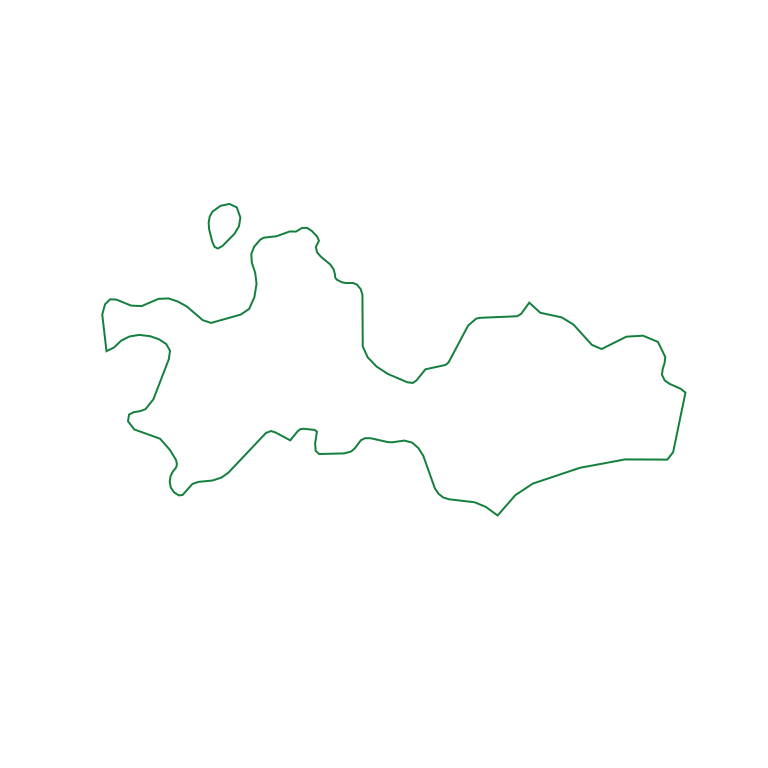 SVG path tracing the border of Caltanissetta, rotated 316°
{"feature_id": "ITA-5416", "entity_name": "Caltanissetta", "entity_type": "Province", "adm_level": 1, "iso_a3": "ITA", "parent_name": "Italy", "parent_adm1": "", "projection": "mercator", "projection_center": [14.011, 37.367], "detail": "fine", "context": "isolated", "style": "outline", "palette": "green", "viewbox_px": 768, "rotation_deg": 316, "n_neighbors": 0, "source": "natural_earth", "source_scale": "10m", "svg_char_len": 2135}
<svg xmlns="http://www.w3.org/2000/svg" viewBox="0 0 768 768"><g transform="rotate(316 384 384)"><path d="M535.3,635.2L504.9,605.6L466.6,580.3L421.8,559.0L401.3,555.2L374.4,557.5L371.8,542.9L367.0,532.0L350.8,512.2L347.8,506.9L347.0,500.8L348.1,494.4L362.4,462.9L364.2,454.2L363.6,445.8L359.3,438.8L349.6,431.8L346.5,428.6L336.9,414.0L332.9,409.9L328.3,408.4L318.1,410.0L313.4,409.7L307.1,406.2L288.7,389.3L288.4,384.6L293.2,378.9L302.6,371.7L302.3,369.0L295.4,360.7L292.9,358.6L289.3,358.0L277.4,359.4L272.2,343.3L270.1,339.4L265.1,337.2L210.4,339.7L202.1,338.4L193.6,334.3L182.5,325.5L176.8,322.8L162.0,323.9L159.1,321.7L157.7,316.2L158.8,310.2L162.0,305.4L166.5,302.0L171.3,300.3L175.6,299.8L177.6,299.1L179.6,297.5L181.6,294.2L184.2,282.9L184.9,267.8L172.8,243.2L174.0,232.9L179.4,228.9L184.4,230.4L189.5,234.0L194.9,236.4L207.5,234.8L246.4,216.7L253.2,211.4L255.1,204.0L253.2,195.5L249.0,187.2L242.0,178.6L233.9,173.0L224.9,170.2L215.2,170.2L207.2,167.6L229.5,138.4L238.6,132.9L245.8,132.8L250.1,137.3L256.6,152.0L263.8,159.6L280.9,166.1L288.4,172.7L293.0,181.5L296.0,191.3L298.0,212.2L302.0,219.9L329.3,234.6L339.2,236.3L351.1,231.5L361.9,223.4L368.4,214.8L373.3,204.8L378.7,198.4L385.7,195.1L395.0,194.2L399.1,195.2L409.4,203.1L422.2,208.8L426.5,213.2L433.4,214.8L437.1,218.2L438.4,223.6L438.3,231.5L436.7,235.8L430.1,238.1L427.4,242.7L427.0,248.6L428.4,260.8L427.4,266.5L424.8,271.2L422.9,273.4L422.5,276.0L424.3,281.4L426.5,284.6L432.1,290.1L433.6,293.9L433.1,299.6L430.5,304.8L394.9,342.1L390.8,353.4L390.8,366.4L393.7,379.3L402.0,399.0L405.4,403.2L409.6,404.0L424.0,402.2L441.6,413.1L445.5,413.3L485.1,400.4L495.6,401.0L498.6,402.7L526.9,427.8L531.3,428.8L545.0,426.4L545.9,441.3L558.1,459.5L561.6,472.8L560.7,500.2L564.8,510.0L591.2,518.3L603.9,529.2L610.3,544.0L605.1,560.0L600.3,563.9L594.9,566.8L590.4,570.4L588.4,576.3L589.5,582.2L594.1,593.6L594.9,599.6L544.6,633.9L535.3,635.2ZM380.4,140.8L390.2,142.3L397.9,147.1L400.8,154.7L396.2,164.6L389.2,169.8L380.7,172.1L363.7,172.5L358.5,171.1L357.4,167.6L359.2,162.6L365.8,151.0L370.0,146.1L374.9,142.5L380.4,140.8Z" fill="none" stroke="#15803d" stroke-width="2"/></g></svg>